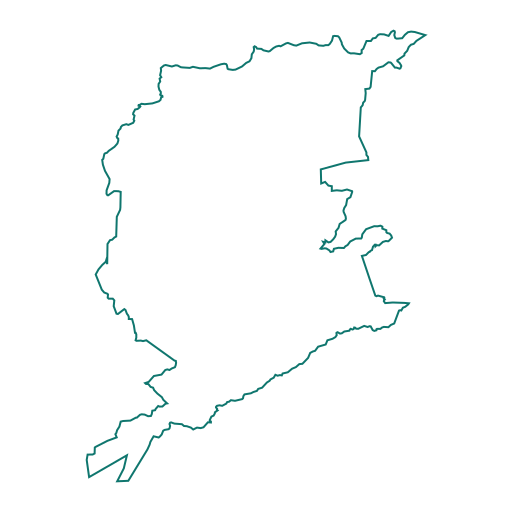 Kota Pematang Siantar, Sumatera Utara, Indonesia (Albers equal-area conic projection)
{"feature_id": "22746128B46755595316405", "entity_name": "Kota Pematang Siantar", "entity_type": "district", "adm_level": 2, "iso_a3": "IDN", "parent_name": "Indonesia", "parent_adm1": "Sumatera Utara", "projection": "albers", "projection_center": [99.064, 2.955], "detail": "fine", "context": "isolated", "style": "outline", "palette": "teal", "viewbox_px": 512, "rotation_deg": 0, "n_neighbors": 0, "source": "geoboundaries", "source_scale": "gbopen_adm2", "svg_char_len": 5981}
<svg xmlns="http://www.w3.org/2000/svg" viewBox="0 0 512 512"><path d="M394.3,35.1L394.9,32.2L394.6,31.2L393.5,30.7L391.2,32.0L388.6,35.9L384.1,34.4L380.1,34.2L378.2,34.8L375.6,37.9L372.8,38.4L370.9,41.0L366.5,41.0L363.3,48.7L361.6,50.1L361.7,53.0L359.9,54.2L353.9,53.3L350.6,53.4L348.1,52.4L344.2,48.5L341.9,44.3L341.7,42.6L339.2,37.4L337.9,36.2L334.3,35.9L333.1,36.2L332.0,40.6L329.8,43.9L328.4,45.1L325.7,45.1L323.3,45.8L318.6,45.4L316.3,43.8L309.7,42.5L302.0,43.3L296.3,45.6L293.8,45.2L287.9,42.9L286.0,43.4L280.6,46.3L279.1,45.8L276.2,46.5L273.5,48.0L269.8,51.1L268.5,51.5L263.4,50.3L261.4,48.9L257.1,48.6L256.1,47.1L254.6,46.3L253.7,47.1L254.1,49.4L253.7,51.6L251.8,54.3L251.4,58.2L249.5,61.3L246.2,62.9L242.0,66.5L235.5,69.6L232.7,69.9L228.3,69.2L227.6,68.7L226.9,65.2L226.2,64.1L224.2,63.7L220.9,64.3L213.6,66.8L210.0,68.6L205.5,68.1L200.0,68.3L192.9,66.8L189.8,67.9L182.3,67.4L180.8,67.2L177.6,65.5L175.7,65.3L171.9,66.5L165.7,65.0L163.9,65.5L160.8,68.1L161.1,70.7L160.1,75.2L161.3,77.2L159.6,78.6L160.2,81.5L158.6,83.9L158.5,86.6L159.3,89.8L160.8,91.9L160.8,93.7L160.2,94.4L160.5,95.3L162.3,95.8L162.5,96.8L161.1,97.5L160.5,99.9L158.9,101.3L152.4,103.4L144.8,104.2L141.4,103.8L140.2,104.7L138.7,105.0L138.5,105.7L140.2,106.6L139.7,107.3L137.6,109.0L135.1,109.5L133.3,112.9L133.1,114.3L134.5,115.6L133.6,119.6L134.3,120.7L133.2,122.8L128.4,124.9L126.3,124.2L122.4,125.4L120.9,127.0L120.5,128.6L118.5,130.6L117.7,134.5L116.6,136.6L117.4,138.2L118.2,138.5L118.3,140.6L117.4,143.5L114.5,146.8L108.8,150.8L106.9,152.8L105.1,153.3L104.3,154.1L103.3,158.8L102.2,159.9L102.9,164.7L105.0,170.9L109.6,179.1L109.3,182.9L106.6,190.3L106.5,193.8L107.4,195.2L108.2,195.3L114.1,191.1L118.3,191.2L120.7,191.9L120.4,207.4L120.1,209.9L116.8,216.8L116.2,236.5L114.4,237.5L112.2,239.7L110.0,240.2L107.5,244.0L107.2,264.1L106.2,260.2L105.7,261.8L102.2,265.0L98.5,269.4L95.7,274.5L101.8,289.7L104.2,292.5L107.5,293.8L108.0,294.5L107.7,297.7L108.7,298.7L112.8,298.7L114.3,300.4L113.7,306.2L116.5,313.7L117.9,314.0L124.3,309.1L125.5,310.0L126.9,313.7L128.2,315.4L128.8,317.0L128.8,319.0L132.1,319.1L133.9,325.5L135.0,332.8L135.7,332.8L136.3,334.4L136.3,337.6L135.6,340.3L136.5,340.8L140.8,340.6L143.0,341.1L146.3,340.3L174.5,360.6L175.8,360.9L176.1,362.8L175.7,365.2L174.9,367.2L171.7,368.5L169.5,370.0L167.3,369.4L165.3,370.0L161.5,374.6L153.9,376.0L148.7,381.9L145.1,383.1L145.9,383.9L148.4,384.1L150.6,386.9L153.1,387.7L154.1,390.1L157.3,393.5L161.9,397.2L163.3,399.8L167.1,403.4L165.5,403.7L162.4,406.5L159.6,406.6L158.2,406.0L155.7,408.9L155.1,410.2L152.3,410.7L151.8,414.0L150.9,416.0L148.1,416.2L144.7,414.6L141.7,414.3L140.0,414.8L136.8,417.7L135.8,417.7L130.4,420.6L123.1,421.0L120.7,421.6L119.4,426.6L117.1,430.2L116.3,433.0L115.4,434.2L116.7,437.4L107.5,440.8L95.4,447.0L94.8,447.5L94.6,453.5L92.7,454.5L87.6,454.6L86.7,459.9L89.1,477.1L126.9,455.3L123.8,468.4L117.2,481.3L128.3,480.8L147.4,449.5L149.6,444.7L150.4,441.9L153.6,436.3L158.7,437.5L160.1,436.3L161.7,434.5L163.2,430.7L164.6,429.9L168.6,429.2L169.5,428.4L170.1,425.9L169.5,424.0L170.1,422.7L171.1,422.4L174.4,423.6L181.9,424.2L184.0,426.0L186.8,426.2L190.9,427.6L193.2,429.5L197.0,427.6L200.7,428.1L203.5,427.3L207.9,422.3L210.9,422.5L210.9,421.5L209.8,420.9L209.7,420.2L211.4,416.6L213.6,415.6L214.8,413.5L214.9,412.3L217.6,410.4L216.9,409.9L217.1,408.8L216.0,407.5L216.1,406.7L217.0,405.8L219.5,405.3L222.2,405.8L226.3,403.6L227.1,402.1L229.1,401.7L230.9,400.2L235.0,400.8L242.2,399.1L243.0,398.3L243.4,396.1L244.5,394.4L250.9,393.3L253.4,392.0L256.9,390.9L258.2,388.9L262.1,387.7L266.9,382.5L269.6,380.8L270.5,379.4L273.7,377.7L275.4,374.8L277.6,375.7L279.9,375.1L281.8,375.4L282.6,373.5L287.8,372.3L292.1,368.7L295.9,367.1L299.3,364.1L302.4,363.8L308.1,357.9L310.2,352.9L312.8,351.5L315.1,350.8L318.1,346.7L325.7,344.5L327.4,340.3L332.5,338.8L335.4,337.1L336.7,335.2L336.4,333.0L337.1,332.4L337.6,332.2L340.0,333.6L341.8,333.3L344.3,331.5L349.4,330.7L349.9,329.5L350.7,328.8L352.4,329.5L353.6,329.1L354.2,327.5L355.2,327.7L356.1,328.7L358.2,328.8L364.2,325.9L367.6,327.0L369.6,326.2L370.7,326.4L372.7,330.1L374.3,330.9L376.4,330.3L376.5,329.2L377.0,328.9L380.4,328.9L381.9,327.6L383.8,326.9L388.4,327.2L390.9,324.9L394.2,323.5L399.0,310.6L400.2,310.2L401.3,310.5L402.9,307.7L405.2,306.8L408.2,304.4L408.9,303.3L404.3,302.9L392.7,302.5L385.2,303.1L383.8,301.2L384.1,300.0L384.7,299.6L383.8,298.6L384.4,298.0L384.2,297.3L378.0,295.6L376.5,296.2L375.3,295.6L369.4,278.3L361.9,255.9L366.0,255.0L368.8,252.1L369.7,251.9L370.4,250.9L372.0,250.1L373.0,246.7L374.8,244.7L375.6,244.7L375.6,246.2L376.6,245.2L379.1,245.4L382.9,241.9L385.9,241.0L388.1,241.3L388.8,240.9L392.0,237.7L391.2,235.5L389.6,233.6L387.2,233.0L386.4,232.3L386.3,230.2L382.3,228.6L382.4,226.7L381.8,226.3L380.4,225.7L377.6,226.3L374.2,226.2L366.1,229.2L362.3,234.3L361.8,237.6L361.2,238.5L355.8,238.6L350.2,241.5L347.6,245.0L345.4,246.3L343.9,248.0L338.4,247.8L333.9,248.8L333.2,251.4L330.5,252.0L329.4,250.4L326.4,248.5L324.6,248.3L321.5,248.9L320.5,248.6L324.4,244.0L323.1,241.8L325.3,242.4L325.4,240.3L328.4,242.4L330.6,241.9L333.3,239.2L335.1,236.7L336.0,234.2L335.7,231.4L338.5,227.9L339.7,223.9L345.5,220.0L345.9,218.7L345.6,216.3L343.6,211.8L343.5,210.4L344.3,207.9L346.1,205.1L347.2,199.1L350.4,197.2L352.2,191.9L352.1,191.2L347.0,189.5L341.9,190.8L336.7,190.3L331.8,190.9L331.8,186.2L328.4,185.6L325.1,181.9L321.2,183.5L320.8,169.4L345.7,162.6L368.3,160.1L368.0,156.9L366.4,154.9L366.4,152.4L359.1,136.4L360.8,107.4L362.6,105.3L363.2,102.6L364.7,101.1L365.1,99.9L365.7,93.2L365.3,89.1L369.4,88.6L370.6,86.9L372.2,71.1L374.9,71.2L376.6,69.0L378.5,67.6L383.1,66.3L388.4,62.3L390.6,62.5L391.3,63.1L394.9,67.6L396.5,67.6L399.6,68.7L400.4,68.3L401.3,66.1L401.1,65.4L399.5,62.9L397.4,61.2L397.3,60.3L404.3,55.4L404.5,53.6L407.2,50.8L408.7,47.1L410.0,45.7L411.0,44.7L413.7,43.9L416.4,40.9L425.3,35.1L414.8,32.0L411.1,31.6L408.0,32.2L404.9,34.8L402.2,38.2L397.9,38.6L396.4,38.6L395.2,37.9L394.3,35.1Z" fill="none" stroke="#0f766e" stroke-width="2"/></svg>